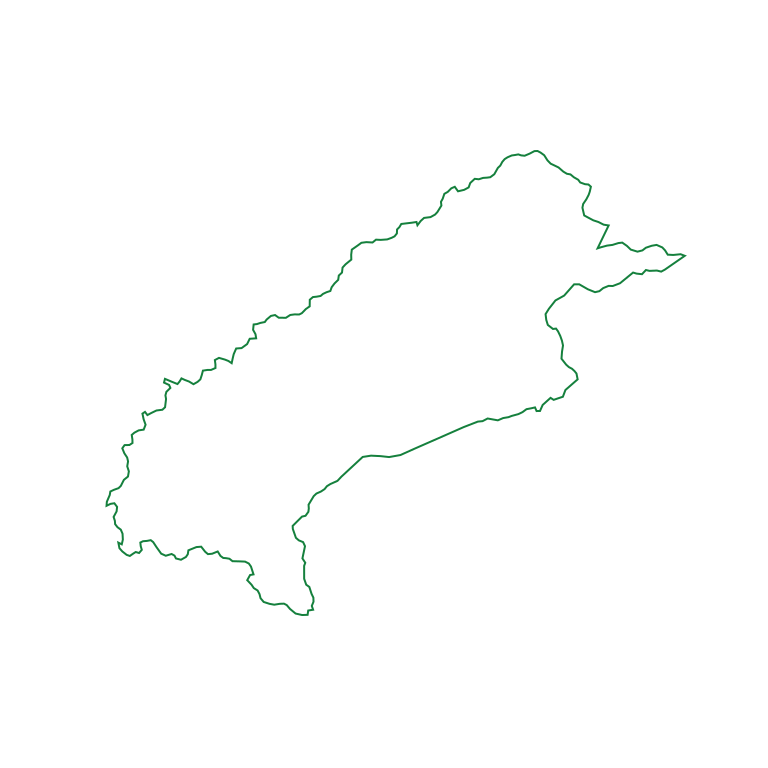 Barro Alto, Goiás, Brazil (orthographic projection), rotated 211°
{"feature_id": "56859067B57270530570093", "entity_name": "Barro Alto", "entity_type": "district", "adm_level": 2, "iso_a3": "BRA", "parent_name": "Brazil", "parent_adm1": "Goiás", "projection": "orthographic", "projection_center": [-48.875, -14.903], "detail": "fine", "context": "isolated", "style": "outline", "palette": "green", "viewbox_px": 768, "rotation_deg": 211, "n_neighbors": 0, "source": "geoboundaries", "source_scale": "gbopen_adm2", "svg_char_len": 4606}
<svg xmlns="http://www.w3.org/2000/svg" viewBox="0 0 768 768"><g transform="rotate(211 384 384)"><path d="M529.0,338.3L528.2,332.2L526.9,328.1L525.3,323.4L529.2,323.6L532.9,323.0L538.9,321.4L541.3,317.4L538.6,314.0L536.7,310.9L539.5,307.0L542.6,305.1L546.1,302.2L544.8,297.8L543.8,293.4L544.9,289.8L547.2,285.7L552.4,285.7L556.8,284.9L560.5,284.5L560.5,280.9L561.0,277.6L567.3,276.6L574.4,275.6L573.3,271.9L567.7,272.5L565.1,270.6L566.5,265.2L565.5,261.7L563.1,258.9L559.7,251.3L560.7,247.8L565.4,244.1L568.6,239.2L570.8,235.5L574.5,237.0L575.8,234.2L571.9,230.0L567.4,226.3L566.5,221.1L570.4,217.9L572.9,213.7L574.0,210.4L571.1,206.9L569.2,203.9L570.8,200.6L574.9,198.0L575.2,194.1L570.9,190.9L566.3,188.7L563.5,185.8L561.7,181.2L557.7,177.7L555.8,172.8L557.6,167.9L557.1,161.1L557.9,158.0L561.0,154.2L563.2,150.9L561.9,147.6L560.9,140.3L559.1,136.7L556.7,140.4L553.7,142.9L549.5,141.2L547.6,137.1L547.3,130.8L544.2,128.1L542.3,125.4L538.7,124.0L534.6,123.6L531.0,121.0L527.7,116.1L526.2,111.5L530.0,111.2L526.2,107.0L522.1,105.7L516.6,105.0L513.3,105.7L511.7,109.3L510.3,112.1L506.9,113.0L506.2,117.1L509.0,119.7L511.2,122.6L509.6,125.1L506.4,127.4L503.5,130.0L500.4,129.6L495.0,127.0L487.6,123.8L482.6,124.4L478.5,128.9L475.2,129.0L472.5,127.3L467.5,128.8L464.7,133.7L464.5,137.0L466.0,140.7L460.8,147.6L456.9,150.4L450.9,148.1L447.3,147.5L443.9,150.0L440.3,154.8L435.6,152.4L432.2,152.1L429.6,153.4L426.5,154.6L422.6,154.1L415.7,158.0L411.6,160.2L407.4,160.5L404.0,159.0L397.8,153.6L400.4,151.3L400.2,145.4L394.1,143.7L390.5,142.0L386.0,141.9L382.5,139.8L379.5,136.8L374.9,135.2L368.9,136.6L364.4,138.3L360.0,142.0L356.6,144.2L353.5,144.4L348.8,142.8L341.6,141.7L335.2,143.8L330.6,146.8L332.3,150.8L328.5,154.0L331.6,156.6L332.3,161.1L334.5,164.5L338.0,166.8L343.5,171.6L347.3,171.9L352.1,175.9L358.8,187.0L359.4,190.2L364.1,192.5L368.2,204.3L371.9,206.8L376.5,206.1L380.3,206.8L387.5,212.8L389.2,215.3L386.0,228.1L383.4,230.6L383.0,235.5L384.3,238.5L386.5,241.7L386.5,251.7L385.5,255.3L382.7,259.3L380.8,263.3L380.3,267.0L378.4,270.7L374.0,277.0L372.8,282.6L364.7,310.5L358.2,315.9L349.8,320.4L342.0,324.0L333.3,331.6L324.9,343.7L304.3,372.8L293.5,388.1L284.2,400.1L280.4,402.9L277.4,407.8L267.7,411.5L264.3,416.2L260.2,419.7L258.1,422.4L253.3,427.4L250.8,431.2L248.9,435.8L245.4,438.9L242.5,441.7L239.3,439.4L236.4,441.2L237.2,447.8L234.1,457.9L230.4,457.8L227.3,461.5L224.1,465.2L225.4,472.3L221.4,484.7L220.4,487.7L224.4,492.1L227.4,493.2L230.7,493.9L234.2,493.7L237.8,494.4L244.9,497.1L248.1,503.5L250.4,509.2L253.8,512.8L257.7,516.0L262.0,518.8L265.1,520.1L267.5,518.2L270.6,518.6L274.0,519.0L277.9,522.5L281.5,527.1L281.4,533.5L280.5,540.5L280.1,543.9L277.5,548.4L275.1,552.6L272.4,567.3L267.9,570.0L258.0,570.2L250.4,571.4L247.2,574.5L245.5,579.1L242.0,583.8L238.4,585.8L233.6,591.9L227.9,607.8L224.4,608.7L219.4,611.0L218.2,616.6L214.7,617.7L208.5,621.8L204.3,623.1L202.2,626.6L192.2,648.8L196.6,648.0L202.5,643.6L207.4,641.0L211.9,643.3L215.8,644.4L222.0,643.6L225.7,640.4L229.7,635.7L231.3,631.6L234.9,628.0L241.7,626.3L246.9,627.5L252.6,627.9L255.7,625.5L259.8,620.9L264.1,617.5L268.6,612.8L270.8,610.3L273.1,635.6L277.8,633.7L283.6,633.3L288.9,632.1L294.7,631.8L299.2,631.6L302.3,634.8L304.7,637.3L306.0,640.9L305.7,646.7L306.0,651.6L306.7,654.9L308.3,659.7L311.5,660.3L314.6,658.8L319.6,657.8L322.7,659.1L327.7,659.0L332.1,659.7L335.5,658.4L339.7,658.4L345.9,659.5L350.5,659.1L354.6,658.7L359.1,659.9L364.5,662.6L369.0,663.0L372.4,662.8L375.0,661.1L377.8,656.5L381.0,652.1L384.2,650.6L387.1,650.0L389.7,647.7L392.2,645.7L394.9,641.9L396.4,638.9L397.0,635.3L396.8,631.1L397.7,627.9L397.5,620.6L399.4,616.0L401.9,614.0L405.2,611.7L408.2,608.3L411.9,606.6L413.6,600.7L412.7,596.1L415.3,591.7L419.8,587.3L424.9,589.5L427.1,586.4L428.3,581.5L430.2,578.1L429.1,573.0L429.0,569.5L426.7,566.5L426.8,558.8L427.5,555.5L430.1,551.0L435.2,547.0L436.5,542.7L437.1,537.3L439.6,539.6L443.2,536.6L447.6,533.2L451.6,530.1L451.6,526.4L452.4,523.2L450.5,519.7L451.0,516.0L452.7,513.3L455.7,509.6L461.1,505.8L465.2,503.6L466.7,499.4L472.2,496.5L476.1,493.4L477.9,489.1L480.8,482.6L478.7,477.9L476.1,473.8L477.5,469.9L478.6,466.8L479.5,462.5L477.4,457.9L478.6,453.7L476.9,449.7L478.2,444.7L478.7,440.0L477.9,436.1L480.5,433.1L482.7,429.8L483.7,426.8L486.8,424.1L489.7,421.9L491.0,418.0L487.7,412.3L489.6,408.0L490.9,402.4L492.5,399.9L496.5,397.6L499.9,394.9L502.2,390.2L508.4,386.6L512.9,387.0L516.0,384.1L517.8,378.8L518.1,375.7L521.4,372.7L523.8,369.9L526.4,367.9L524.1,363.0L519.8,360.5L517.1,357.3L522.4,353.6L521.9,347.7L524.6,341.4L529.0,338.3Z" fill="none" stroke="#15803d" stroke-width="2"/></g></svg>